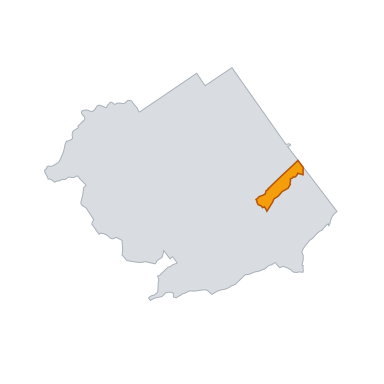 location of Abu Hamad, River Nile, Sudan, rotated 53°
{"feature_id": "16777658B63373210852762", "entity_name": "Abu Hamad", "entity_type": "district", "adm_level": 2, "iso_a3": "SDN", "parent_name": "Sudan", "parent_adm1": "River Nile", "projection": "orthographic", "projection_center": [33.396, 20.198], "detail": "fine", "context": "in_parent", "style": "filled", "palette": "amber", "viewbox_px": 384, "rotation_deg": 53, "n_neighbors": 0, "source": "geoboundaries", "source_scale": "gbopen_adm2", "svg_char_len": 5466}
<svg xmlns="http://www.w3.org/2000/svg" viewBox="0 0 384 384"><g transform="rotate(53 192 192)"><path d="M253.6,290.5L250.6,290.5L250.3,289.8L250.3,287.9L250.6,286.4L251.7,284.1L251.5,282.9L251.6,281.1L250.8,279.0L243.7,273.2L242.3,271.5L238.4,270.0L239.1,268.4L237.6,256.3L238.3,254.9L238.6,252.8L238.5,250.9L239.5,247.8L239.6,246.5L232.0,246.4L231.9,247.7L232.2,249.2L232.2,249.8L221.7,249.8L225.9,254.6L226.1,256.6L225.8,259.2L225.9,260.9L226.1,262.0L227.2,264.1L227.2,264.5L226.9,265.0L219.4,271.3L218.1,274.2L217.1,275.7L214.9,278.3L208.0,284.9L206.9,285.4L201.7,285.5L201.2,285.7L200.7,286.0L200.5,285.9L196.1,281.9L188.6,277.0L183.6,279.3L182.3,280.2L182.2,282.5L181.4,283.7L180.1,284.9L176.4,285.6L174.5,286.2L172.2,287.5L169.9,289.6L169.8,290.7L170.0,291.7L157.3,291.3L156.5,290.4L154.7,286.8L153.4,287.0L141.9,286.2L140.2,286.5L136.9,287.8L135.3,288.0L133.6,287.2L127.7,280.0L126.4,279.1L125.1,277.3L123.8,276.6L123.4,276.0L123.2,275.3L123.3,273.7L122.9,272.7L122.0,272.5L113.8,273.7L112.7,273.5L111.0,273.7L110.4,273.9L109.7,274.8L109.5,276.7L109.3,277.7L108.6,278.7L106.3,281.0L105.7,282.0L105.8,284.6L105.6,285.9L105.2,286.5L104.2,287.5L103.8,288.0L103.3,291.3L102.0,293.3L101.7,294.0L101.6,295.4L101.4,295.9L97.7,296.8L96.3,297.5L95.4,298.6L95.2,299.1L93.6,298.6L91.6,298.2L87.8,297.6L86.3,296.9L85.6,296.1L85.9,294.1L85.5,293.6L84.9,293.2L84.5,292.3L84.7,291.3L86.7,289.1L87.2,287.9L87.9,282.0L87.8,280.2L86.3,276.8L82.8,270.9L82.0,269.7L77.6,264.7L77.1,264.0L76.0,262.0L77.4,257.7L77.5,256.5L77.2,255.2L76.1,254.2L75.1,254.0L73.8,252.8L72.9,252.2L72.2,251.1L71.7,249.7L72.3,244.5L72.1,243.8L70.9,243.6L70.7,243.2L70.7,242.2L70.2,239.2L69.6,236.8L70.1,235.5L69.2,233.6L67.4,232.7L63.7,233.0L62.6,232.8L61.9,232.4L61.4,231.7L61.1,230.9L61.4,229.7L62.5,227.6L63.9,225.9L66.6,224.5L67.3,223.6L67.7,222.7L67.9,221.6L67.7,220.4L67.5,219.3L66.8,217.8L66.2,216.1L66.2,215.0L66.6,214.2L67.3,213.3L70.0,211.6L72.7,210.2L73.1,209.6L73.0,209.0L71.9,207.6L71.6,205.0L71.0,203.2L72.4,202.0L73.4,201.6L75.0,201.3L75.6,200.8L75.8,199.7L75.8,198.7L76.4,198.0L77.2,196.4L77.9,195.7L80.0,193.9L80.5,192.7L80.6,191.6L80.3,188.0L81.5,186.5L83.0,185.4L85.2,185.6L88.5,185.5L90.7,185.2L92.3,185.3L96.0,186.1L96.4,185.9L96.6,184.9L100.0,116.8L114.8,117.6L115.0,117.5L116.7,85.3L209.8,88.3L210.6,88.2L212.1,85.2L212.7,84.9L213.7,85.1L214.0,85.8L213.2,88.3L294.8,87.9L295.1,91.6L295.8,94.5L298.3,98.7L300.3,100.9L301.0,102.2L301.1,102.7L301.0,103.3L300.4,102.7L299.4,102.3L299.3,104.3L299.9,108.3L300.8,111.1L300.2,113.7L300.4,118.2L301.6,123.5L301.4,126.9L303.3,134.8L305.1,139.1L306.1,140.2L307.1,140.8L309.1,141.1L312.1,143.2L314.5,145.5L315.4,146.8L316.5,148.1L317.3,147.8L317.8,147.4L318.6,148.5L322.3,150.8L322.9,151.9L321.6,153.0L320.1,154.9L319.4,156.6L319.0,157.2L317.8,158.3L317.6,158.8L317.1,159.2L316.5,159.2L315.2,159.8L314.1,159.7L313.0,160.0L312.5,160.5L311.6,160.8L310.4,161.1L308.5,162.6L306.8,163.3L306.3,163.9L305.4,166.9L304.8,167.6L302.3,167.8L301.1,168.0L299.4,167.8L298.6,167.8L298.4,168.4L298.1,170.9L298.2,172.0L296.8,174.9L297.3,180.2L296.0,184.2L295.9,185.1L294.5,188.3L293.8,189.5L292.2,195.4L291.5,197.2L290.1,199.1L291.8,213.2L290.6,217.6L290.6,219.9L289.8,223.4L289.1,225.0L288.0,227.0L287.1,229.2L286.3,232.0L285.8,237.5L285.5,237.9L281.0,238.7L279.6,239.1L278.6,239.7L277.5,241.1L275.2,244.9L274.0,247.3L272.1,250.5L269.9,252.8L269.4,253.9L269.1,255.9L268.3,259.1L267.5,261.4L267.7,263.3L267.0,266.5L267.1,268.0L266.3,268.9L265.3,269.7L264.6,269.9L261.4,267.8L259.2,269.3L257.8,271.4L256.7,273.5L257.3,277.9L257.3,278.9L257.0,279.9L254.9,284.3L254.2,286.2L253.6,289.7L253.6,290.5Z" fill="#d9dde1" stroke="#a8b0b8" stroke-width="1"/><path d="M245.1,92.9L241.6,90.3L241.6,90.2L240.6,89.5L239.2,88.4L238.9,88.4L238.5,88.4L235.5,88.4L230.5,88.4L230.6,88.7L232.4,104.9L232.8,109.0L235.0,127.5L235.1,128.5L235.5,129.0L235.3,129.2L235.2,129.5L235.8,130.6L235.8,131.0L235.5,132.0L235.7,132.4L236.2,132.8L236.7,133.4L237.3,134.5L237.7,134.9L237.6,135.4L237.6,135.5L237.4,136.3L236.9,138.5L236.8,138.8L236.6,139.8L236.1,141.0L236.1,141.4L236.3,142.4L236.5,143.1L236.6,144.4L236.5,145.1L236.5,145.4L237.5,145.5L238.0,145.6L239.2,146.2L240.3,146.5L241.7,146.8L242.9,146.3L243.4,145.9L244.8,145.1L245.3,145.0L245.9,145.0L246.9,145.1L246.9,144.9L247.0,144.8L247.0,144.7L247.2,144.2L247.3,144.0L247.3,143.7L247.4,143.3L247.4,143.1L249.4,143.2L249.5,143.2L251.8,143.6L252.1,143.6L252.4,143.7L250.7,139.1L250.2,138.0L249.0,134.7L248.9,134.3L248.8,134.1L248.2,133.1L248.0,132.8L247.6,132.1L247.2,131.4L247.0,131.2L246.9,130.3L246.9,130.0L247.0,129.0L247.2,125.9L247.2,125.5L246.3,121.4L245.9,119.7L246.3,117.0L246.8,112.7L246.7,112.5L246.4,112.1L246.2,111.7L246.1,111.2L246.0,110.9L245.8,110.8L245.6,110.6L245.6,110.4L245.4,110.0L245.4,109.8L245.3,109.6L245.2,109.3L245.1,109.2L245.1,108.9L244.9,108.7L244.6,108.6L244.4,108.5L244.1,108.5L243.9,108.4L243.7,108.3L243.6,108.2L243.4,107.9L243.2,107.6L243.0,107.3L242.8,107.0L242.5,106.8L242.2,106.5L242.0,106.3L241.7,106.2L241.4,106.1L241.0,105.8L240.8,105.4L240.8,105.1L240.8,104.9L240.9,104.7L241.0,104.5L241.2,103.8L241.2,103.7L241.2,103.2L241.1,102.6L241.0,102.3L241.0,102.1L241.1,101.8L241.2,101.7L241.5,101.4L241.7,101.1L242.0,100.8L242.1,100.6L242.1,100.2L242.0,99.8L242.0,99.4L241.9,99.2L241.7,98.8L241.7,98.6L241.6,98.1L241.5,97.6L241.5,97.4L241.4,97.2L241.0,96.8L240.8,96.5L240.6,96.3L240.8,96.1L241.1,95.9L242.3,95.0L245.0,93.0L245.1,92.9Z" fill="#f59e0b" stroke="#b45309" stroke-width="1.5"/></g></svg>